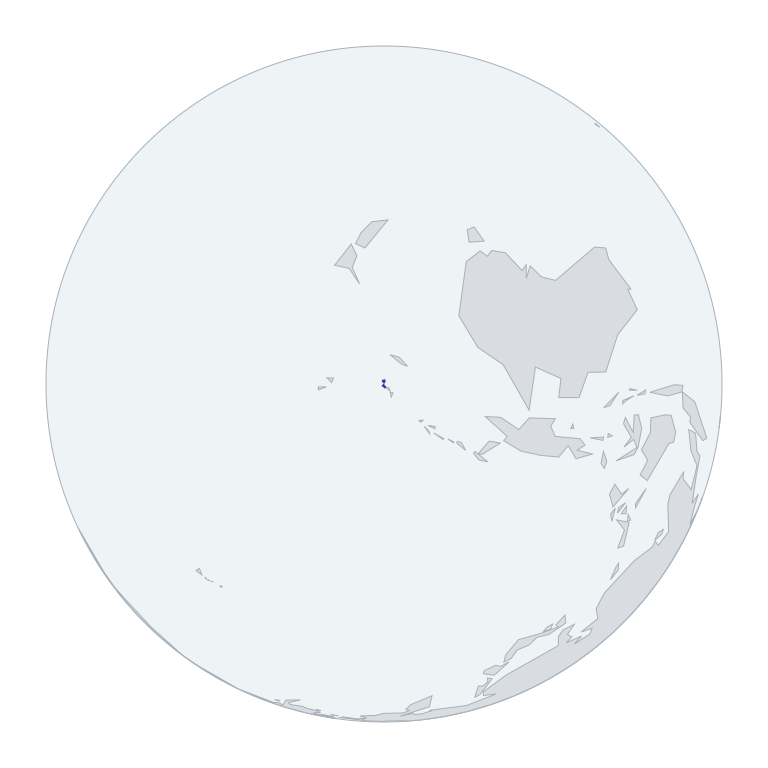 Shefa highlighted on a globe, orthographic projection, rotated 179°
{"feature_id": "VUT-565", "entity_name": "Shefa", "entity_type": "Province", "adm_level": 1, "iso_a3": "VUT", "parent_name": "Vanuatu", "parent_adm1": "", "projection": "orthographic", "projection_center": [168.336, -17.198], "detail": "fine", "context": "on_globe", "style": "filled", "palette": "violet", "viewbox_px": 768, "rotation_deg": 179, "n_neighbors": 0, "source": "natural_earth", "source_scale": "10m", "svg_char_len": 6977}
<svg xmlns="http://www.w3.org/2000/svg" viewBox="0 0 768 768"><g transform="rotate(179 384 384)"><circle cx="384" cy="384" r="338" fill="#eef3f6" stroke="#a8b0b8"/><path d="M449.6,379.3L450.0,381.9L449.5,382.2L449.6,379.3ZM676.8,215.3L663.7,194.6L691.8,244.5L685.8,232.3L675.0,213.3L673.8,210.7L656.8,185.4L647.0,173.9L621.7,145.7L591.4,117.4L598.9,123.3L590.7,116.7L580.8,109.4L576.2,106.3L534.7,81.6L499.3,67.3L495.2,67.6L490.6,64.7L487.6,69.7L472.9,69.6L485.2,67.1L483.1,65.1L471.0,63.1L466.3,60.8L457.8,58.9L453.2,56.7L460.7,56.5L457.9,55.4L449.5,54.3L439.6,52.1L452.4,53.8L436.5,50.5L442.2,51.1L466.3,56.3L490.0,63.1L513.1,71.7L535.5,81.9L557.1,93.8L577.8,107.1L597.4,122.0L615.9,138.2L633.2,155.8L649.2,174.5L663.7,194.4L676.8,215.3ZM571.8,202.9L569.4,196.2L575.1,200.8L571.8,202.9ZM565.2,191.9L566.6,194.2L564.8,192.2L565.2,191.9ZM562.0,190.3L564.3,191.5L561.8,190.8L562.0,190.3ZM557.9,189.1L560.1,189.5L559.9,189.7L557.9,189.1ZM551.1,185.2L549.3,184.1L551.2,183.8L551.1,185.2ZM574.9,105.6L581.1,109.6L591.8,117.6L587.3,114.3L574.9,105.6ZM553.8,92.5L555.4,93.1L564.3,98.8L560.7,96.6L553.8,92.5ZM493.4,68.9L499.3,70.2L495.2,69.9L493.4,68.9ZM457.4,59.1L457.2,59.7L452.8,58.6L457.4,59.1ZM441.8,54.4L434.9,52.9L443.3,54.3L441.8,54.4ZM431.7,52.0L414.7,49.4L412.9,50.1L408.5,47.6L424.4,50.0L435.0,51.4L430.0,51.2L431.7,52.0ZM408.8,47.1L405.8,46.8L410.4,47.2L408.8,47.1ZM352.6,47.5L366.0,46.7L368.7,47.0L386.7,47.0L389.2,46.9L388.3,46.5L408.5,47.6L412.9,50.1L406.9,50.1L413.7,52.6L398.9,52.7L389.9,54.7L369.8,54.8L364.4,57.2L367.8,58.1L362.9,62.9L341.4,71.5L344.2,60.5L373.5,51.6L360.3,54.3L358.9,52.9L351.5,53.7L342.5,56.3L344.2,57.0L307.4,61.0L277.1,72.2L289.9,70.8L290.2,74.3L266.9,90.9L214.2,119.4L214.1,128.4L209.1,135.1L198.0,140.3L205.0,130.3L200.6,127.9L206.3,122.1L190.8,128.5L198.3,120.7L182.5,130.5L180.2,136.1L191.1,132.6L174.3,145.7L175.7,155.8L167.5,170.9L137.0,202.8L118.5,216.3L115.6,222.0L112.6,217.9L102.0,231.4L102.3,259.0L99.9,268.5L85.8,291.2L86.7,284.1L78.7,273.1L72.4,297.0L78.2,311.5L80.1,333.1L73.4,329.4L72.1,310.9L69.4,306.4L73.6,285.8L78.0,259.2L71.6,268.6L75.4,257.0L80.5,238.2L73.2,251.7L67.7,265.2L76.7,243.4L87.3,222.3L99.3,201.9L112.7,182.5L127.5,164.0L143.5,146.7L160.6,130.4L178.9,115.5L198.1,101.8L218.3,89.5L239.3,78.6L260.9,69.3L283.2,61.5L306.0,55.2L329.1,50.6L352.6,47.5ZM163.6,637.0L167.6,639.3L168.8,641.2L163.6,637.0ZM131.1,373.4L138.4,373.5L138.4,375.1L131.1,373.4ZM123.3,369.6L131.1,368.3L122.5,373.4L123.3,369.6ZM134.2,367.9L142.2,363.3L145.7,360.0L145.4,363.4L134.2,367.9ZM118.3,371.0L93.9,378.2L85.1,377.4L86.4,370.9L100.6,367.1L118.3,371.0ZM85.8,371.0L73.5,360.7L62.2,324.2L66.1,321.8L79.0,340.4L78.0,345.6L85.4,354.8L85.8,371.0ZM118.6,330.6L117.7,345.5L103.5,348.2L97.5,347.8L93.2,330.8L95.5,320.8L100.2,319.4L122.5,282.9L129.5,288.5L121.7,303.0L127.7,313.8L118.6,330.6ZM49.8,333.7L48.8,341.8L48.1,346.9L48.4,344.6L49.8,333.7ZM134.6,260.0L123.6,275.0L134.6,255.9L134.6,260.0ZM143.0,242.9L142.2,249.2L139.7,243.8L143.0,242.9ZM112.5,230.5L107.4,233.7L108.7,229.4L116.2,222.8L112.5,230.5ZM161.1,184.3L155.6,196.3L152.6,200.7L153.0,194.0L161.1,184.3ZM400.7,520.3L410.0,524.9L404.2,535.8L393.4,546.4L377.2,548.0L400.7,520.3ZM291.1,539.4L281.5,525.1L296.4,524.3L298.1,536.8L291.1,539.4ZM408.9,512.6L413.7,501.1L406.7,484.5L416.8,500.2L431.3,503.6L414.3,524.6L408.9,512.6ZM210.6,484.6L171.2,517.2L159.9,516.1L157.1,504.6L135.5,474.6L138.6,474.5L129.5,453.9L149.5,429.1L162.1,392.1L179.8,392.1L189.2,367.0L209.5,367.3L207.0,386.4L232.3,398.3L239.4,355.4L264.5,401.2L289.5,419.0L308.0,450.9L299.6,504.9L285.6,515.4L278.5,509.9L273.9,515.6L260.3,513.1L244.0,495.0L239.8,500.8L239.9,487.1L235.7,499.4L224.6,488.3L210.6,484.6ZM360.2,401.4L365.7,403.4L377.4,413.2L368.3,410.5L360.2,401.4ZM436.3,386.3L441.0,391.1L434.5,390.9L436.3,386.3ZM449.5,382.2L441.7,382.2L449.6,379.3L449.5,382.2ZM377.7,376.3L381.2,379.7L379.4,380.5L377.7,376.3ZM375.2,375.0L377.0,370.7L377.9,375.4L375.2,375.0ZM345.6,347.1L348.0,345.1L349.7,347.0L345.6,347.1ZM149.4,371.7L158.6,358.3L164.7,356.5L149.4,371.7ZM340.6,341.8L333.6,340.7L333.9,338.3L340.6,341.8ZM340.1,336.2L338.9,332.8L344.5,341.1L340.1,336.2ZM325.9,327.5L335.1,334.2L325.1,328.2L325.9,327.5ZM321.2,327.9L315.1,324.9L315.4,323.9L321.2,327.9ZM261.7,329.4L283.3,349.7L267.9,348.6L250.0,336.1L239.4,347.5L213.2,346.3L218.1,339.0L213.7,328.6L189.0,325.9L184.0,319.5L192.1,314.3L176.8,310.4L193.3,305.9L200.9,319.2L210.6,307.9L229.0,310.0L248.2,314.5L265.3,325.3L261.7,329.4ZM195.0,336.4L198.0,336.2L195.8,340.6L195.0,336.4ZM303.6,316.3L312.4,323.8L311.6,325.5L307.5,324.1L303.6,316.3ZM268.9,322.9L286.6,312.1L291.1,312.5L279.7,325.1L268.9,322.9ZM281.5,304.3L290.5,306.4L295.7,313.2L294.0,314.9L281.5,304.3ZM161.1,326.7L160.7,330.6L156.7,328.2L161.1,326.7ZM166.2,323.8L178.7,326.6L165.2,327.2L166.2,323.8ZM132.3,316.0L135.3,324.3L145.1,316.8L137.7,326.4L145.2,340.1L143.3,346.3L135.7,331.2L134.4,348.4L130.2,349.0L127.1,335.1L130.9,316.9L135.1,309.1L153.2,303.1L132.3,316.0ZM165.8,312.8L162.6,302.8L165.1,295.7L168.4,300.7L165.8,312.8ZM154.9,279.8L148.4,269.7L141.1,275.2L157.2,257.2L160.5,269.7L154.9,279.8ZM151.6,256.1L144.6,261.1L152.7,250.9L151.6,256.1ZM143.6,257.7L144.3,250.1L149.0,250.2L143.6,257.7ZM154.9,255.9L158.6,242.7L159.7,249.9L154.9,255.9ZM146.1,233.8L153.8,244.1L141.3,241.4L147.3,217.7L153.1,216.0L146.1,233.8ZM219.6,141.0L221.8,135.7L228.8,134.0L225.3,138.0L219.6,141.0ZM253.9,126.1L231.5,131.9L213.8,138.1L216.4,140.1L207.1,149.8L206.5,141.8L223.3,130.8L235.6,128.0L243.1,120.7L255.6,115.6L261.7,107.3L269.0,103.8L267.3,110.7L253.9,126.1ZM263.8,104.0L278.9,90.9L289.6,92.5L288.7,95.7L277.3,100.8L272.3,99.6L263.8,104.0ZM285.7,88.4L281.1,87.4L293.4,71.8L298.7,69.2L294.9,80.4L290.3,80.3L285.4,84.3L285.7,88.4ZM403.7,46.8L405.7,46.8L406.4,47.0L403.7,46.8Z" fill="#d9dde1" stroke="#a8b0b8" stroke-width="1"/><path d="M385.2,386.9L385.3,386.9L385.4,387.0L385.2,387.3L385.2,387.5L384.9,387.6L384.7,387.6L384.3,387.7L384.2,387.6L384.0,387.4L384.0,387.5L383.9,387.5L383.9,387.3L383.7,387.4L383.5,387.5L383.5,387.4L383.8,387.3L383.8,387.1L383.7,387.1L383.5,386.9L383.4,386.9L383.3,387.0L383.2,387.2L383.1,386.7L383.3,386.5L383.6,386.1L383.8,386.0L384.0,386.0L384.5,386.0L384.8,386.2L384.8,386.3L384.9,386.6L385.0,386.7L385.1,386.8L385.2,386.9ZM383.2,381.7L382.9,381.5L382.9,381.3L382.9,381.2L382.8,380.8L382.8,380.7L383.0,380.5L383.0,380.4L382.9,380.4L383.0,380.3L383.3,380.7L383.4,380.8L383.5,381.0L383.6,380.9L383.8,381.0L384.0,381.3L384.2,381.5L384.3,381.5L384.6,381.5L384.8,381.7L384.7,381.7L384.8,381.8L384.7,381.9L384.4,381.8L384.3,381.7L384.2,381.6L383.7,381.6L383.4,381.8L383.2,381.7ZM385.3,382.5L385.2,382.5L385.1,382.4L385.1,382.2L385.4,382.1L385.5,382.2L385.3,382.5L385.3,382.5ZM384.3,383.2L384.3,383.3L384.2,383.3L383.9,383.4L384.0,383.3L384.0,383.2L384.3,383.1L384.5,383.1L384.3,383.2ZM383.9,385.5L384.0,385.3L384.2,385.7L383.9,385.5ZM383.3,386.3L383.3,386.1L383.5,385.9L383.8,385.9L383.7,386.0L383.4,386.1L383.3,386.3Z" fill="#8b5cf6" stroke="#5b21b6" stroke-width="1.5"/></g></svg>